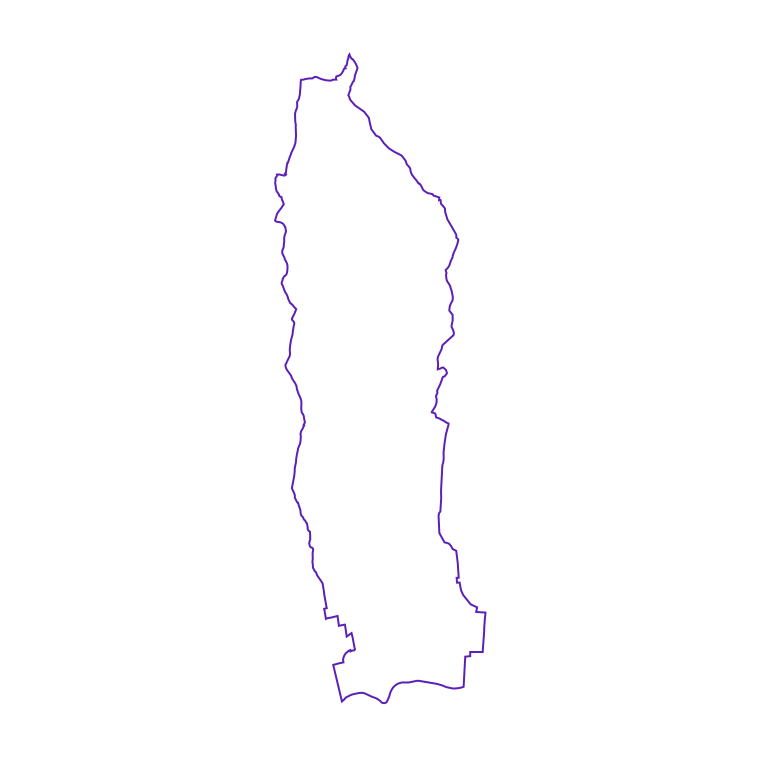 the district of Ciceu - Mihaiesti, Bistrita-Nasaud, Romania, rotated 9°
{"feature_id": "2599482B16133994523797", "entity_name": "Ciceu - Mihaiesti", "entity_type": "district", "adm_level": 2, "iso_a3": "ROU", "parent_name": "Romania", "parent_adm1": "Bistrita-Nasaud", "projection": "mercator", "projection_center": [23.946, 47.221], "detail": "fine", "context": "isolated", "style": "outline", "palette": "violet", "viewbox_px": 768, "rotation_deg": 9, "n_neighbors": 0, "source": "geoboundaries", "source_scale": "gbopen_adm2", "svg_char_len": 6113}
<svg xmlns="http://www.w3.org/2000/svg" viewBox="0 0 768 768"><g transform="rotate(9 384 384)"><path d="M392.1,704.1L394.4,701.3L395.3,699.7L399.5,696.6L401.2,695.6L406.9,693.4L408.8,692.8L411.0,692.4L413.5,692.6L421.1,694.8L424.9,695.5L426.8,696.1L430.1,697.8L431.4,698.9L432.6,699.3L434.5,699.1L436.3,698.0L437.3,695.0L438.0,691.8L438.6,687.4L439.4,684.8L440.3,682.7L440.9,681.6L442.6,679.6L444.3,678.0L446.2,677.0L448.4,676.0L455.2,674.9L462.4,672.2L464.6,671.7L483.2,671.9L488.6,672.6L492.8,673.6L499.3,674.0L501.9,673.6L505.0,672.8L507.9,671.7L510.0,670.6L506.9,640.6L511.7,639.3L511.1,635.2L523.4,633.3L521.5,611.2L521.2,610.1L520.3,599.4L520.2,596.4L520.0,593.9L510.7,594.7L510.9,590.0L504.1,588.1L495.4,580.2L492.7,576.3L491.3,572.8L489.8,568.3L487.2,568.8L486.1,564.1L488.1,563.7L484.8,549.1L481.4,537.4L477.7,536.3L475.4,533.4L473.3,531.6L470.9,531.1L468.6,531.0L462.0,522.6L458.5,505.6L458.6,503.0L459.6,501.1L458.4,488.2L457.0,480.3L454.6,457.5L454.4,455.9L454.4,454.6L454.8,452.3L454.6,448.0L453.6,442.7L453.1,434.0L453.0,423.3L453.4,421.1L453.4,420.1L454.1,414.3L453.9,412.9L451.2,412.2L448.5,410.8L446.9,410.5L444.2,409.4L440.7,408.8L439.6,405.8L439.1,405.1L435.6,404.5L435.7,403.8L437.8,399.1L438.5,396.5L438.8,394.4L438.4,390.8L437.7,389.2L437.2,387.4L438.1,385.1L438.0,383.7L437.5,382.3L439.4,376.1L440.4,371.2L440.7,369.1L441.2,367.7L442.7,367.0L444.4,363.9L444.4,363.1L443.0,360.4L439.9,358.4L438.3,359.0L437.4,359.9L434.8,361.1L434.4,356.3L434.0,354.4L433.1,351.5L433.0,348.8L435.4,340.6L435.6,336.9L436.1,335.9L445.0,324.9L445.1,323.5L444.8,321.8L443.3,319.1L442.1,317.5L441.6,316.3L441.9,310.5L440.9,304.9L437.0,301.3L436.8,297.7L437.0,295.9L437.8,292.9L438.6,291.2L438.5,288.3L438.2,286.7L436.3,281.6L434.6,278.4L434.2,277.1L432.0,274.4L430.9,273.3L429.7,271.6L429.0,269.6L428.2,266.5L428.4,264.7L427.4,262.7L427.1,261.8L429.1,258.9L430.0,256.7L430.8,251.6L431.8,248.6L431.8,246.8L432.3,243.6L433.8,238.3L434.5,234.5L434.9,230.0L434.5,229.4L432.4,227.9L432.4,226.7L431.8,224.9L420.7,211.2L417.4,204.2L416.8,201.2L415.3,199.7L412.0,197.0L411.1,193.5L410.2,193.3L409.6,193.7L409.4,191.1L403.3,190.1L402.3,188.9L397.3,188.6L393.6,187.0L392.3,186.1L391.7,185.5L391.1,184.3L389.0,181.6L387.5,180.4L386.8,180.6L384.4,178.0L382.3,176.2L379.0,173.1L377.3,170.5L376.1,167.0L374.7,165.5L372.2,163.5L370.4,160.1L365.7,155.6L358.3,153.2L352.1,150.6L346.2,146.2L341.8,141.6L340.3,140.6L337.4,140.0L331.6,134.3L329.1,128.1L327.4,123.5L321.8,118.2L311.7,113.3L306.4,108.8L305.5,107.5L304.9,106.0L303.6,104.5L304.8,98.4L304.3,96.1L306.2,90.0L306.8,89.5L307.1,86.5L307.0,84.0L308.4,76.4L308.3,75.7L306.1,72.2L304.4,70.2L302.2,68.0L300.9,67.7L299.2,65.5L298.3,63.9L297.9,64.8L297.7,66.0L297.8,68.6L297.5,68.9L297.3,71.3L297.4,72.4L297.3,74.6L296.5,75.9L296.2,76.2L296.1,76.5L296.1,77.3L296.7,78.2L295.9,78.5L295.0,79.3L294.8,81.1L293.3,84.5L292.3,85.8L288.8,87.7L288.7,90.1L289.2,90.8L285.8,91.5L284.4,92.5L283.3,92.8L279.0,93.1L274.2,92.6L271.7,92.0L269.6,91.3L268.8,91.3L267.0,91.9L265.7,93.1L265.1,93.5L263.1,93.7L261.1,94.3L258.7,95.1L256.7,96.0L254.5,96.5L254.4,97.7L255.2,105.4L255.3,107.9L255.6,110.2L255.6,111.6L255.5,112.5L255.4,115.6L254.1,118.8L254.1,119.5L254.8,122.9L254.9,124.1L254.6,126.1L254.2,127.4L253.9,130.3L253.9,131.4L255.3,138.7L255.8,140.3L256.5,142.1L256.5,143.5L258.3,152.6L258.8,159.4L258.2,163.9L257.1,167.4L256.2,170.7L255.9,172.9L255.5,174.1L254.5,180.4L254.0,180.6L253.9,181.3L253.9,187.6L254.1,190.2L253.3,191.7L254.5,192.2L254.0,193.2L253.0,193.7L252.0,193.8L248.0,193.4L245.6,193.9L245.9,194.3L245.9,194.8L244.6,197.7L244.6,198.5L245.0,199.5L245.1,202.8L246.1,205.4L246.7,208.0L247.9,210.6L248.9,211.4L249.8,212.5L250.5,213.1L251.2,214.7L252.7,215.4L253.5,215.4L254.4,218.1L255.0,218.7L255.6,219.6L256.9,222.3L255.6,224.7L255.4,225.6L253.4,229.2L251.8,232.5L250.8,239.3L250.9,239.7L252.1,240.4L254.1,240.7L255.1,240.4L256.8,240.6L258.4,241.1L259.7,241.9L261.3,243.7L262.3,245.3L263.0,247.5L263.3,248.8L263.0,250.9L262.6,252.6L262.6,254.0L262.6,255.8L263.2,259.1L263.2,261.8L263.5,263.3L263.3,265.4L262.8,267.6L262.7,268.6L262.8,269.5L263.0,270.5L263.6,271.6L265.7,274.4L266.6,276.4L268.2,278.4L269.7,280.9L270.3,282.9L270.5,284.3L270.8,287.7L270.7,289.7L270.3,291.4L269.4,292.6L268.8,292.9L268.0,294.5L267.6,296.3L267.3,298.9L267.1,300.2L267.2,300.8L267.6,301.5L268.6,302.7L270.9,307.0L272.7,309.6L273.2,309.9L274.9,312.3L276.1,314.9L278.2,318.0L278.6,318.6L279.8,319.3L280.2,319.7L280.9,319.8L282.6,321.5L285.6,323.8L284.5,328.6L282.8,334.0L283.1,334.9L284.8,336.3L285.6,337.2L286.0,338.8L285.8,339.8L285.7,345.9L285.9,349.7L285.3,355.0L285.3,361.3L285.6,365.2L286.5,368.8L286.5,371.0L283.8,380.1L283.7,380.7L283.8,381.6L284.8,383.6L285.7,385.0L290.7,390.0L292.6,393.3L296.0,397.0L297.8,399.6L298.7,402.4L300.2,405.4L301.1,407.1L303.6,410.8L304.9,413.5L305.4,415.5L306.0,420.8L307.0,424.6L307.3,425.2L308.4,426.1L309.5,427.7L309.9,428.5L310.2,429.8L311.9,434.3L311.0,437.2L311.6,437.4L310.4,441.5L309.5,443.8L309.3,446.6L309.9,447.8L310.5,453.4L310.4,456.2L309.2,461.1L309.3,462.0L309.0,466.9L309.0,471.8L309.2,473.6L309.3,475.6L309.0,480.7L309.5,484.7L309.7,488.7L309.6,493.3L309.3,501.3L312.7,506.5L313.3,507.9L313.8,510.4L314.3,511.0L315.2,512.4L316.7,514.3L317.3,514.9L317.8,514.8L318.5,516.6L321.1,521.6L322.1,525.4L323.2,527.1L324.6,528.1L325.4,529.1L326.0,530.3L327.6,531.3L328.6,532.9L329.6,533.6L330.1,534.6L330.5,536.1L331.1,537.6L331.1,538.6L331.7,539.9L332.9,541.0L333.8,541.3L334.1,541.9L334.5,544.1L335.0,545.8L334.9,547.3L335.5,548.4L335.2,550.5L335.0,553.0L336.3,556.0L337.4,556.8L338.8,557.0L339.9,558.2L340.0,562.6L341.0,568.0L341.2,571.2L341.9,573.3L342.6,576.6L344.4,578.9L344.6,579.5L346.0,580.3L346.6,581.0L347.7,583.2L354.5,590.4L357.6,599.8L357.6,600.4L362.5,614.4L360.1,615.4L363.4,625.1L364.7,624.2L368.2,623.0L374.4,620.4L377.3,629.9L382.8,627.8L383.1,627.8L386.7,639.3L390.9,635.1L392.6,639.1L396.3,649.5L396.9,650.4L396.2,651.7L394.1,652.4L392.8,653.3L392.4,652.1L391.6,652.5L390.5,653.5L388.5,655.8L387.9,656.8L387.1,658.9L386.6,662.3L387.5,665.3L384.0,666.6L377.8,669.4L392.1,704.1Z" fill="none" stroke="#5b21b6" stroke-width="2"/></g></svg>